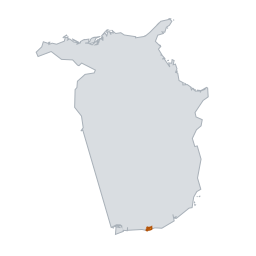 Curry, Oregon, United States of America (highlighted), rotated 264°
{"feature_id": "52423323B63196257632244", "entity_name": "Curry", "entity_type": "district", "adm_level": 2, "iso_a3": "USA", "parent_name": "United States of America", "parent_adm1": "Oregon", "projection": "orthographic", "projection_center": [-123.977, 42.475], "detail": "fine", "context": "in_parent", "style": "filled", "palette": "amber", "viewbox_px": 256, "rotation_deg": 264, "n_neighbors": 0, "source": "geoboundaries", "source_scale": "gbopen_adm2", "svg_char_len": 4672}
<svg xmlns="http://www.w3.org/2000/svg" viewBox="0 0 256 256"><g transform="rotate(264 128 128)"><path d="M203.2,69.0L212.1,59.6L208.5,46.0L213.0,44.6L217.7,50.7L222.6,52.8L220.4,57.7L221.0,59.0L219.4,58.1L220.3,61.4L218.8,65.7L221.0,73.7L224.4,75.0L225.3,73.7L224.2,72.8L224.9,73.0L225.8,74.3L223.3,78.0L221.8,77.1L222.7,79.3L219.2,83.0L217.8,88.0L217.3,86.3L216.5,85.5L217.7,89.7L218.9,89.7L220.3,92.9L220.5,98.4L217.0,97.6L216.9,94.2L216.4,97.0L218.4,99.3L220.2,100.1L221.3,101.8L222.0,110.1L220.7,105.5L216.6,103.3L215.9,98.3L214.4,101.0L218.3,106.4L215.3,106.1L214.7,106.8L214.4,104.5L214.1,104.0L214.1,105.9L214.7,107.2L219.0,107.2L218.9,108.8L216.4,107.7L215.7,107.7L218.7,108.9L219.7,108.9L220.0,110.7L218.5,110.2L221.1,111.4L220.9,112.0L219.6,111.4L217.4,112.2L220.9,112.6L222.4,111.4L226.6,115.8L223.2,112.6L225.0,115.0L221.8,116.5L225.2,117.7L225.8,116.2L225.8,119.6L222.6,120.8L224.9,120.8L224.0,123.1L226.2,122.8L223.3,125.6L223.5,130.8L220.9,134.0L218.0,145.2L216.9,144.9L217.3,153.1L217.7,154.9L220.7,159.5L230.7,171.8L231.8,180.9L229.6,182.8L225.9,180.0L224.2,176.7L219.4,174.6L220.0,172.0L218.3,173.1L217.2,167.3L211.3,164.3L205.5,169.0L203.3,166.5L196.9,169.5L197.3,167.9L196.6,169.6L193.8,171.6L193.0,169.2L193.1,171.2L184.3,175.9L188.5,175.3L187.8,178.2L191.4,179.0L190.3,180.9L186.2,179.5L186.6,181.8L181.8,182.9L178.4,181.1L177.3,183.2L169.9,183.7L166.7,188.4L167.5,187.2L165.1,187.1L165.0,191.5L161.4,195.6L162.2,194.5L159.3,195.1L160.6,196.1L157.6,198.9L157.3,203.8L155.7,203.6L157.2,204.3L158.3,208.3L160.2,210.2L159.4,211.4L150.6,211.0L147.6,205.6L136.4,196.3L131.9,196.8L128.5,202.7L122.5,200.9L119.1,195.9L110.9,190.9L102.6,192.5L102.9,195.0L89.4,197.4L71.0,191.9L59.5,194.0L57.6,189.8L52.4,186.1L42.1,183.4L41.9,180.3L33.1,166.7L33.3,165.2L35.0,167.0L33.9,164.0L37.4,163.6L30.8,164.2L24.8,151.2L25.9,144.2L23.9,136.4L25.6,131.4L26.3,116.8L29.3,117.2L25.9,116.5L26.8,112.5L25.7,112.6L23.5,104.4L30.9,105.8L29.6,110.1L31.9,107.0L31.8,110.6L30.0,111.5L31.3,111.6L32.6,110.1L33.0,106.5L30.8,100.9L130.7,82.8L129.9,80.8L133.0,83.5L144.7,83.0L154.1,77.1L171.7,79.4L173.5,81.4L179.8,82.6L185.8,90.9L186.3,100.1L189.0,101.6L197.4,88.7L195.1,85.7L195.8,84.4L201.5,80.1L203.2,69.0ZM221.2,83.5L222.6,81.7L218.0,88.6L221.4,82.2L221.2,83.5ZM31.5,104.3L32.5,106.6L32.5,107.0L31.1,105.3L31.5,104.3ZM159.9,209.6L158.1,206.4L157.7,204.4L158.4,206.4L159.9,209.6ZM220.9,57.6L221.6,58.5L221.2,58.6L220.9,57.6ZM178.8,182.1L179.2,182.8L178.3,182.5L178.8,182.1ZM46.2,186.7L47.3,186.2L47.4,186.3L46.2,186.7ZM44.9,186.4L44.5,187.1L44.1,186.5L44.9,186.4ZM224.8,76.9L224.8,77.9L224.6,77.8L224.8,76.9ZM157.9,202.3L157.7,204.1L158.5,200.5L157.9,202.3ZM227.6,167.7L229.5,170.1L227.4,167.5L227.6,167.7ZM52.3,189.2L52.9,190.0L52.3,189.2L52.3,189.2ZM232.4,181.1L231.9,182.5L232.5,179.7L232.4,181.1ZM227.8,117.5L227.6,119.1L226.8,116.0L227.8,117.5ZM30.4,102.5L30.4,103.1L30.0,102.8L30.4,102.5ZM160.8,196.7L159.4,198.0L160.7,196.5L160.8,196.7ZM226.5,75.8L226.9,76.5L226.3,76.8L226.5,75.8ZM52.5,191.7L52.9,192.8L52.3,191.8L52.5,191.7ZM159.1,198.7L158.6,199.4L159.0,198.5L159.1,198.7ZM221.7,103.2L221.8,105.3L221.5,102.5L221.7,103.2ZM166.4,189.3L165.6,190.3L166.7,188.7L166.4,189.3ZM217.7,153.9L218.1,155.2L217.6,154.4L217.7,153.9ZM226.5,122.8L226.4,123.2L226.7,121.7L226.5,122.8ZM207.6,167.5L206.8,168.8L206.3,168.9L207.6,167.5ZM193.3,171.6L193.2,171.9L192.6,172.2L193.3,171.6ZM223.1,177.5L223.6,178.3L222.9,177.4L223.1,177.5ZM191.1,174.8L191.1,175.7L190.6,174.2L191.1,174.8ZM230.8,184.6L230.2,185.1L230.9,184.3L230.8,184.6ZM220.5,93.5L220.6,94.5L220.4,93.2L220.5,93.5ZM227.2,119.8L227.0,120.3L226.9,120.3L227.2,119.8Z" fill="#d9dde1" stroke="#a8b0b8" stroke-width="1"/><path d="M24.2,135.6L24.1,135.8L23.9,136.3L24.0,136.4L24.0,136.5L24.0,136.8L24.3,137.1L24.5,137.3L24.5,137.5L24.6,137.8L24.5,138.0L24.4,138.3L24.4,138.6L24.4,138.8L24.4,139.1L24.5,139.3L24.5,139.5L24.6,139.8L24.6,140.0L24.7,140.3L24.8,140.6L24.9,140.8L25.0,140.8L25.3,141.1L25.7,141.1L25.8,141.1L26.2,141.1L26.9,141.1L27.0,141.1L26.9,141.0L26.9,140.9L26.9,140.7L27.0,140.7L26.9,140.5L26.9,140.4L26.9,140.2L27.0,140.2L27.0,139.9L27.1,139.7L26.9,139.5L26.9,139.4L26.8,139.2L26.7,139.2L26.4,139.0L26.2,139.0L26.1,138.9L26.1,138.7L26.2,138.4L26.2,138.2L26.3,138.2L26.5,138.2L26.5,138.3L26.5,138.2L26.6,138.3L26.6,138.2L26.8,138.0L26.8,137.9L26.9,137.7L27.0,137.6L26.9,137.5L27.0,137.4L27.2,137.1L27.2,136.9L27.3,136.9L27.2,136.9L27.3,136.9L27.3,136.7L27.1,136.5L26.9,136.6L26.5,136.6L26.5,136.8L26.4,136.9L26.4,137.0L26.2,137.1L25.8,137.2L25.7,137.2L25.7,137.3L25.6,136.8L25.5,136.5L25.5,136.4L25.6,136.2L25.4,135.9L25.3,135.7L25.2,135.7L24.2,135.6Z" fill="#f59e0b" stroke="#b45309" stroke-width="1.5"/></g></svg>